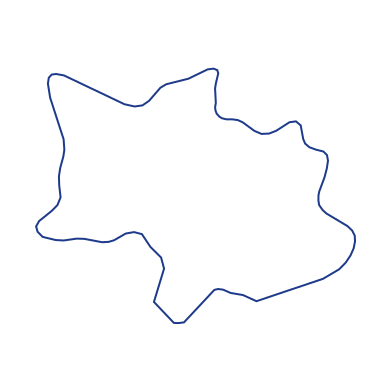 outline of Bulawayo, rotated 355°
{"feature_id": "ZWE-531", "entity_name": "Bulawayo", "entity_type": "City", "adm_level": 1, "iso_a3": "ZWE", "parent_name": "Zimbabwe", "parent_adm1": "", "projection": "robinson", "projection_center": [28.554, -20.139], "detail": "fine", "context": "isolated", "style": "outline", "palette": "blue", "viewbox_px": 384, "rotation_deg": 355, "n_neighbors": 0, "source": "natural_earth", "source_scale": "10m", "svg_char_len": 1289}
<svg xmlns="http://www.w3.org/2000/svg" viewBox="0 0 384 384"><g transform="rotate(355 192 192)"><path d="M246.7,306.4L233.8,299.1L221.6,295.9L214.5,292.0L209.5,290.9L205.7,291.5L172.6,321.2L166.9,321.4L162.5,320.8L144.5,298.2L157.5,265.9L155.5,254.6L145.8,243.1L138.4,229.6L130.8,226.9L122.4,227.6L110.1,233.3L104.7,234.4L98.1,234.2L80.7,229.3L73.1,228.4L60.0,229.1L52.1,228.0L39.3,223.7L34.7,218.1L33.7,212.7L37.2,207.6L50.5,198.7L56.8,193.3L60.6,185.9L60.3,173.8L60.8,164.8L62.8,156.6L66.9,145.5L68.5,138.9L68.7,128.3L58.9,85.7L57.9,71.5L59.3,65.7L62.4,62.8L66.9,62.6L74.6,64.7L132.4,98.7L142.3,101.8L150.2,101.4L157.2,97.4L169.7,85.3L175.8,82.4L198.4,78.8L218.3,71.2L224.3,71.0L227.8,72.8L228.5,76.1L225.3,85.7L224.0,90.9L223.5,105.4L222.4,109.5L222.5,112.8L223.4,116.1L225.9,119.4L228.4,121.2L232.6,122.6L238.3,123.1L243.8,124.3L248.6,127.0L259.4,136.5L266.3,140.2L274.0,140.5L281.3,138.3L295.2,131.0L301.7,130.7L306.1,135.1L307.4,148.9L308.9,153.6L312.8,157.6L319.4,160.7L326.4,163.1L329.7,167.0L330.2,172.7L328.3,180.5L325.3,188.9L318.8,202.6L317.7,206.4L317.2,211.3L317.5,216.1L320.6,221.4L324.0,225.1L344.0,239.6L348.2,244.4L350.3,249.6L350.1,255.4L348.1,262.3L344.4,269.0L338.9,275.8L331.9,281.8L314.9,289.9L246.7,306.4Z" fill="none" stroke="#1e3a8a" stroke-width="2"/></g></svg>